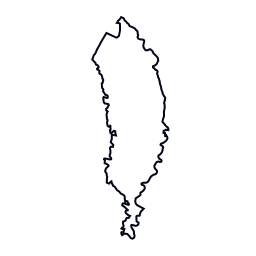 9 de julio, San Juan, Argentina, rotated 4°
{"feature_id": "61730980B85841660882492", "entity_name": "9 de julio", "entity_type": "district", "adm_level": 2, "iso_a3": "ARG", "parent_name": "Argentina", "parent_adm1": "San Juan", "projection": "albers", "projection_center": [-68.388, -31.661], "detail": "fine", "context": "isolated", "style": "outline", "palette": "ink", "viewbox_px": 256, "rotation_deg": 4, "n_neighbors": 0, "source": "geoboundaries", "source_scale": "gbopen_adm2", "svg_char_len": 5941}
<svg xmlns="http://www.w3.org/2000/svg" viewBox="0 0 256 256"><g transform="rotate(4 128 128)"><path d="M161.0,156.2L160.4,154.9L160.2,154.1L160.3,153.5L160.5,153.0L161.3,152.6L162.3,151.6L162.9,150.9L163.6,149.6L164.1,147.5L164.0,147.0L164.0,146.1L164.3,145.4L164.4,144.9L164.3,144.3L163.9,143.9L163.1,143.4L162.4,142.8L161.9,142.8L161.6,142.5L161.7,142.0L162.0,141.4L162.4,141.1L163.8,140.6L164.9,139.9L166.8,138.2L167.4,137.3L168.1,135.5L168.0,135.0L167.6,133.9L167.1,133.4L165.7,133.5L165.7,133.1L166.5,133.0L166.5,132.4L165.5,132.5L165.3,130.5L163.7,130.4L163.8,128.2L164.9,127.9L165.3,127.7L165.6,127.5L165.8,127.1L168.4,127.3L168.4,126.8L168.1,125.4L167.8,124.9L167.2,124.5L165.9,123.5L161.9,119.3L162.2,117.2L163.1,113.7L163.0,112.5L162.9,111.3L162.7,108.8L163.1,106.4L163.2,104.9L163.0,103.0L162.6,101.1L162.3,100.8L162.2,100.3L162.5,99.6L162.5,98.6L162.9,98.0L162.9,97.5L162.8,97.0L163.1,96.0L163.0,95.5L162.3,94.1L161.5,93.5L160.9,92.3L160.2,91.2L159.9,89.9L159.2,88.6L158.6,87.0L158.4,86.5L158.4,85.8L157.8,83.9L157.4,83.1L156.6,81.0L156.4,79.1L156.0,78.7L155.7,77.5L155.1,76.0L154.5,75.3L154.4,74.7L154.2,74.0L153.4,72.1L153.2,71.2L153.4,70.3L153.6,70.0L153.5,69.4L152.9,68.6L152.7,68.4L152.2,68.2L151.5,68.1L151.1,67.8L150.7,67.4L150.4,67.0L150.0,66.6L149.4,66.3L148.8,65.9L148.6,65.4L148.7,64.6L149.0,64.4L149.6,64.3L150.4,63.7L151.2,63.2L151.5,62.9L151.9,62.4L152.3,61.7L152.8,60.4L152.9,59.9L153.1,59.5L153.4,59.1L153.5,58.6L153.1,57.6L153.2,57.1L152.8,55.9L151.4,54.4L148.1,51.6L147.2,49.8L145.8,48.6L144.7,47.9L144.0,48.0L143.1,48.4L142.6,48.9L141.7,49.1L140.2,49.2L139.1,48.2L137.8,46.2L137.5,44.4L138.1,40.6L138.1,40.0L137.8,39.3L136.7,38.8L135.5,38.8L133.4,38.6L132.0,38.1L131.1,36.5L131.6,35.6L131.7,35.1L131.5,34.3L131.2,33.7L131.0,32.5L130.9,31.5L130.7,31.1L130.3,30.4L129.1,29.7L128.7,29.0L128.1,28.4L125.6,27.2L122.7,26.2L122.2,25.9L121.8,24.9L121.3,24.2L119.8,23.3L118.7,22.0L117.2,21.0L116.4,19.4L115.9,18.8L113.4,17.9L113.1,18.6L112.1,20.3L111.8,20.6L111.0,21.2L109.6,23.9L110.6,23.9L111.8,24.0L112.2,24.1L112.6,24.4L113.0,27.4L113.2,31.2L112.6,36.2L112.4,36.9L112.2,37.2L110.1,38.7L99.9,34.7L96.4,41.5L92.3,50.4L92.0,50.8L90.1,56.3L89.6,56.9L89.0,57.6L88.8,57.7L87.6,62.2L91.0,65.4L91.3,66.3L91.7,67.0L93.5,67.7L93.9,68.1L94.5,69.3L94.3,70.0L93.6,70.3L93.0,71.0L93.1,71.6L94.6,72.4L95.2,72.7L95.6,73.0L95.7,73.5L95.6,73.9L95.5,74.4L95.7,75.6L96.0,75.9L97.3,76.5L97.9,77.0L98.8,79.2L99.0,80.5L99.6,81.0L99.9,81.6L100.0,82.1L99.7,82.7L99.7,83.8L99.7,84.5L99.3,84.9L98.7,85.3L98.9,85.9L98.9,87.2L99.4,89.8L99.8,90.3L100.5,90.8L100.7,91.2L100.7,91.8L100.6,92.5L100.7,93.4L101.1,93.8L101.6,94.4L102.1,95.0L103.0,96.4L103.4,96.6L104.3,96.7L104.9,96.8L105.2,97.1L105.5,97.5L105.6,98.0L105.7,98.5L105.5,99.3L105.0,99.5L104.6,99.5L102.4,98.9L101.6,98.8L101.2,99.6L101.4,100.3L101.5,101.3L101.7,102.6L102.0,103.8L102.2,104.2L103.1,105.1L106.7,105.5L107.2,106.4L107.2,106.8L106.8,107.4L106.0,109.4L105.6,109.6L105.1,110.2L104.9,110.4L104.8,110.9L105.2,112.0L105.4,112.3L106.3,112.6L106.6,113.0L106.1,113.8L105.8,115.7L105.6,116.3L106.2,118.8L106.2,119.9L106.4,120.6L106.8,121.0L107.1,121.7L106.7,123.6L106.7,124.1L107.3,126.6L107.6,127.3L108.3,127.8L108.8,128.1L109.6,127.9L109.7,127.4L110.0,127.0L110.4,127.3L110.2,128.2L110.6,129.5L110.7,130.5L110.5,131.7L110.2,131.7L110.9,134.3L112.2,134.0L113.0,132.9L113.8,132.1L114.5,131.8L115.0,131.9L115.5,132.2L115.6,132.8L115.6,133.4L115.7,134.0L116.6,136.3L112.3,135.9L112.6,140.1L111.8,143.4L114.5,145.9L114.4,147.8L112.1,147.9L111.5,149.0L111.4,149.6L112.0,151.5L112.2,154.2L112.1,155.1L111.8,155.5L111.6,156.5L111.7,157.2L111.9,157.8L112.1,158.1L112.9,158.7L113.5,159.9L113.3,160.4L111.8,160.7L110.4,160.4L108.5,160.1L106.7,160.1L106.3,160.4L106.2,161.0L106.8,161.5L107.2,161.8L107.3,162.3L107.2,162.8L107.2,164.8L107.9,165.1L108.5,165.0L109.2,165.3L111.1,166.6L111.2,167.3L109.1,169.5L108.3,171.6L108.3,172.6L108.4,173.3L109.3,174.2L110.0,175.4L110.1,177.0L110.7,178.2L110.5,180.6L110.6,181.1L110.6,181.7L110.5,182.7L110.7,184.0L113.0,184.8L114.2,183.1L115.2,182.4L115.8,184.4L115.9,184.7L116.7,185.3L116.8,185.7L116.9,186.4L117.1,186.7L118.7,187.4L119.1,187.7L121.1,190.4L121.8,191.0L123.5,191.9L124.0,192.4L124.9,193.4L125.4,193.9L127.8,194.9L128.6,195.4L129.0,195.8L129.5,196.9L130.0,200.7L130.5,202.0L131.3,201.0L132.6,201.2L132.9,202.1L134.3,203.9L134.1,204.5L133.8,204.7L129.5,203.5L128.9,203.5L128.1,203.6L127.5,205.2L127.9,205.8L128.5,206.2L129.8,206.8L134.2,210.4L132.7,210.0L132.4,210.0L131.5,210.9L131.4,212.4L132.9,214.0L134.5,215.0L136.2,215.5L134.9,217.7L133.3,217.7L132.9,217.9L132.0,220.4L131.6,220.8L129.7,221.7L129.5,222.1L129.7,223.4L130.3,225.7L130.4,226.1L130.3,227.0L129.1,227.8L128.5,228.8L130.2,229.3L131.4,229.1L130.7,232.1L130.3,232.3L128.8,232.4L128.6,233.4L128.9,234.2L129.6,235.3L131.8,233.6L133.8,233.7L134.7,233.8L137.1,235.9L138.4,237.6L140.2,238.1L141.7,237.0L142.1,235.2L141.3,232.9L141.2,231.4L141.1,230.6L138.9,227.6L138.5,227.0L137.9,225.0L138.1,224.6L138.6,224.4L139.1,224.4L142.5,225.1L143.1,225.0L144.8,223.8L145.0,223.5L145.2,222.0L145.0,221.6L143.2,220.6L143.0,220.1L142.5,215.7L142.7,215.3L143.7,214.8L145.6,214.7L145.8,214.3L146.3,211.3L146.6,210.6L149.3,207.4L142.5,204.3L141.6,203.6L140.8,202.3L140.3,200.5L140.6,197.6L144.5,194.6L145.0,193.9L145.1,193.4L144.9,192.6L144.9,191.8L145.6,191.1L146.6,190.5L147.8,189.3L148.8,187.5L148.9,186.3L148.8,185.5L148.2,184.5L146.6,183.8L145.8,183.7L145.5,183.5L145.4,182.5L146.1,181.9L146.8,181.6L148.2,181.4L149.6,181.4L151.0,180.8L152.1,179.5L153.6,176.2L154.0,175.6L154.1,175.0L156.5,172.9L157.1,172.8L158.7,172.1L159.0,171.9L159.7,170.9L159.9,170.2L160.0,168.9L159.6,168.4L158.9,167.6L157.8,166.6L157.3,165.7L157.0,164.5L157.0,163.7L157.2,163.1L157.6,162.7L157.9,161.8L158.4,160.9L158.7,160.2L159.1,159.9L160.3,159.4L160.9,159.3L161.6,159.6L162.5,159.6L163.1,159.5L163.5,159.3L163.7,158.8L163.7,157.9L163.1,157.4L161.0,156.2Z" fill="none" stroke="#020617" stroke-width="2"/></g></svg>